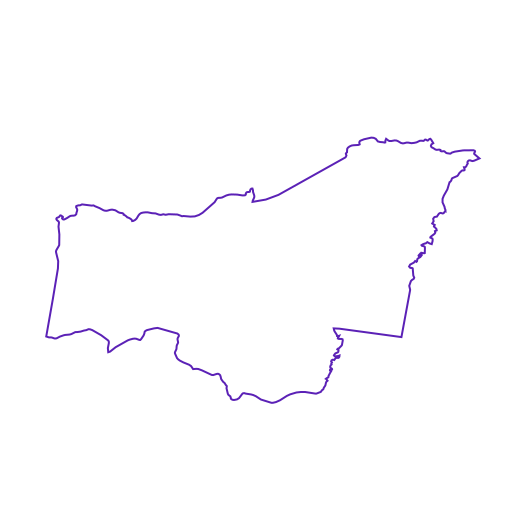 Est, Natural Earth projection, rotated 280°
{"feature_id": "CMR-1481", "entity_name": "Est", "entity_type": "Province", "adm_level": 1, "iso_a3": "CMR", "parent_name": "Cameroon", "parent_adm1": "", "projection": "natural_earth1", "projection_center": [14.383, 3.885], "detail": "fine", "context": "isolated", "style": "outline", "palette": "violet", "viewbox_px": 512, "rotation_deg": 280, "n_neighbors": 0, "source": "natural_earth", "source_scale": "10m", "svg_char_len": 6100}
<svg xmlns="http://www.w3.org/2000/svg" viewBox="0 0 512 512"><g transform="rotate(280 256 256)"><path d="M399.5,405.1L401.3,406.5L401.7,407.3L401.0,408.3L397.9,411.0L396.4,409.4L394.8,409.1L393.6,410.0L393.0,412.0L392.1,414.0L391.9,415.1L392.1,416.2L392.6,417.9L392.5,419.2L391.6,419.4L391.4,419.8L391.3,420.8L391.8,422.6L391.8,423.4L390.6,425.3L390.4,426.2L390.5,429.5L390.8,430.0L391.2,430.3L391.9,431.0L393.3,433.7L396.0,441.7L397.9,451.8L397.6,453.2L396.8,453.6L395.1,453.0L394.4,453.2L390.9,459.1L387.8,454.4L387.1,452.9L387.1,451.9L387.4,450.2L387.1,449.1L386.4,448.4L385.6,448.0L384.6,448.0L383.8,448.5L382.5,447.9L380.9,447.5L379.8,446.8L379.5,445.4L377.6,446.4L376.7,446.4L376.3,445.7L376.1,444.3L375.6,443.7L372.9,441.8L370.8,441.0L369.8,440.4L366.8,435.9L366.3,435.5L364.4,435.2L363.4,434.8L362.6,434.2L362.3,433.8L354.8,432.9L348.1,430.5L344.7,429.8L341.2,430.4L337.2,433.1L335.6,433.7L334.2,434.6L333.2,434.8L333.3,434.6L331.0,433.5L330.4,432.8L330.3,432.4L330.5,430.7L330.4,430.0L329.9,429.3L329.3,428.7L326.2,427.3L325.5,425.3L325.1,424.8L323.4,424.0L321.1,424.9L318.6,423.9L317.6,426.6L316.4,426.1L315.9,426.1L315.1,427.5L313.9,429.0L312.6,429.5L311.6,427.9L310.1,428.5L308.9,428.0L305.2,424.6L304.4,424.5L303.8,426.7L303.0,427.1L301.3,427.3L298.2,427.0L298.5,424.8L299.4,422.3L297.9,421.0L297.6,420.1L296.6,418.4L295.4,417.1L294.9,417.6L294.7,419.9L294.2,420.7L293.0,421.0L288.2,421.7L287.9,421.2L287.9,418.6L286.0,418.9L285.2,418.6L285.7,418.3L286.8,417.3L284.7,416.0L284.2,416.3L284.7,418.6L283.5,418.0L282.0,416.2L280.9,415.4L278.8,415.5L278.1,415.0L278.7,413.6L276.9,412.6L274.3,409.3L272.2,408.6L271.1,410.0L271.3,411.7L271.0,412.5L264.1,414.3L262.1,415.6L260.9,415.3L259.4,413.7L258.2,412.9L253.2,412.1L249.7,413.6L249.0,413.7L201.4,413.3L198.9,350.7L198.2,345.1L196.3,345.9L195.4,346.5L192.4,349.3L191.2,349.7L191.1,350.3L191.9,351.8L190.9,351.5L189.8,350.9L189.0,350.9L188.7,352.1L189.2,354.6L189.0,355.7L187.9,356.1L183.3,356.1L182.4,355.7L179.5,353.7L178.8,352.5L178.2,352.3L177.9,353.4L177.7,353.6L176.0,353.7L175.3,353.3L173.9,351.1L172.3,350.2L171.6,350.0L170.9,351.1L171.0,351.8L171.9,354.6L172.5,355.5L171.4,355.6L170.6,355.4L170.0,354.9L169.6,352.6L169.0,352.0L167.1,351.1L167.3,349.8L166.5,348.6L165.3,348.3L164.4,349.3L163.3,348.8L162.3,349.3L161.3,348.5L160.0,348.3L158.9,348.6L158.2,350.3L157.7,350.6L157.1,350.4L156.7,348.7L156.2,348.7L155.6,349.3L155.3,349.9L154.1,349.4L150.6,348.3L149.1,348.3L147.8,346.7L147.2,346.2L147.1,346.5L145.6,348.1L144.5,347.2L143.3,346.9L140.7,346.8L139.6,346.4L138.2,345.7L136.4,345.4L135.3,344.3L133.4,343.4L131.0,339.4L130.8,338.3L130.6,328.1L129.8,323.6L128.6,319.5L125.7,313.7L123.6,310.7L118.1,304.7L115.6,301.0L114.4,298.2L114.1,296.7L115.5,285.8L117.9,280.2L118.6,277.4L118.8,275.2L118.7,269.8L118.9,268.2L118.5,267.0L117.8,266.4L113.1,264.0L111.5,262.2L110.5,259.7L110.3,258.5L110.4,257.5L110.8,256.5L111.2,256.0L111.5,255.9L112.0,255.8L113.3,255.1L114.5,252.9L115.4,252.2L120.7,249.9L122.4,249.9L123.0,249.7L123.7,248.7L125.5,247.1L126.3,245.6L127.9,243.9L128.9,243.0L130.9,242.2L132.4,241.4L133.0,240.5L133.4,239.5L133.3,238.5L133.0,237.7L131.3,234.5L131.2,233.0L134.0,222.6L134.7,218.8L134.5,216.7L133.7,213.7L136.3,211.2L137.3,209.0L138.6,202.9L139.8,199.1L140.7,197.3L141.7,196.0L145.4,193.5L146.3,193.0L147.1,192.9L150.5,193.8L153.7,193.5L154.6,193.6L156.5,194.2L157.4,194.3L160.2,193.2L161.1,193.1L162.0,193.3L163.7,193.9L164.5,193.8L165.2,193.4L166.0,192.0L168.1,171.6L167.0,168.1L164.1,161.5L163.0,160.1L162.0,159.5L160.2,159.5L158.2,159.1L154.2,157.3L153.2,156.6L153.1,155.7L153.7,152.4L153.6,150.9L153.1,149.1L151.7,146.1L150.6,144.3L141.8,133.6L136.5,128.9L135.6,127.2L139.6,126.1L144.6,126.2L145.9,126.0L146.9,125.4L147.4,124.6L151.1,117.3L154.6,107.6L155.0,105.2L154.8,103.7L153.5,101.7L152.7,99.5L151.1,96.4L150.0,93.0L149.8,91.7L149.5,91.0L147.1,87.8L146.6,86.8L146.2,85.8L145.1,81.7L144.5,80.3L142.6,76.9L140.5,74.2L140.0,73.2L139.8,71.9L140.3,68.9L139.9,66.1L140.3,63.4L178.4,63.4L209.3,63.1L216.6,62.1L224.8,58.5L225.9,58.2L227.2,58.4L231.2,59.9L232.6,60.3L243.1,58.6L250.6,56.4L254.6,56.2L255.6,55.7L256.8,53.7L257.4,53.1L258.1,52.9L258.9,53.2L260.2,55.2L262.0,56.2L262.1,56.7L261.2,58.8L260.9,59.1L260.5,59.1L259.7,58.4L259.3,58.5L258.7,59.3L258.5,59.9L258.6,60.6L259.3,61.7L260.9,63.7L262.0,64.8L263.2,66.2L263.7,67.6L264.0,69.2L264.6,70.7L265.9,71.7L267.3,71.7L269.7,72.0L270.9,71.8L273.0,70.3L274.0,70.4L275.0,72.2L275.4,74.0L276.6,75.7L277.1,85.4L277.6,87.3L277.1,88.6L276.0,93.6L274.6,97.7L274.4,99.1L274.5,100.7L274.9,101.9L276.0,104.1L276.5,105.5L276.7,106.6L276.6,109.4L276.3,110.3L275.2,112.9L274.9,114.4L275.0,117.0L274.6,118.1L273.6,118.5L273.6,119.2L272.9,120.7L272.1,122.1L271.7,122.5L271.6,123.7L271.1,125.3L270.4,126.8L269.5,127.8L268.9,128.0L269.2,129.0L270.5,130.7L272.1,131.9L275.5,133.2L277.1,134.1L278.4,135.5L279.2,137.4L279.8,139.5L280.2,141.6L280.1,146.2L280.5,149.7L279.9,153.1L279.9,154.8L280.2,155.8L281.0,157.4L280.9,159.9L282.0,162.8L283.2,171.4L282.7,174.5L282.3,176.2L282.8,177.7L283.4,184.6L284.4,188.9L286.5,192.7L289.3,195.9L301.8,205.9L305.2,207.3L306.2,207.9L306.7,208.8L307.2,211.1L307.7,212.4L310.5,216.3L311.7,218.8L312.4,221.3L313.2,226.8L313.3,232.0L313.8,234.5L314.7,235.3L315.9,235.1L317.1,235.7L317.6,236.9L317.9,238.2L318.3,238.8L319.4,238.8L320.6,239.0L321.6,239.8L321.8,240.8L320.2,241.6L318.5,242.0L315.4,243.7L313.9,244.1L312.6,243.9L310.0,243.2L308.7,243.2L313.3,255.9L320.1,267.5L368.5,326.8L369.1,327.2L370.7,327.6L372.3,326.7L372.8,326.8L373.9,327.6L377.3,327.2L378.6,327.7L380.1,329.1L381.4,331.0L382.0,332.8L383.1,337.4L383.6,338.3L383.9,338.7L385.8,338.0L386.6,338.1L387.4,338.5L388.0,339.3L389.7,342.1L392.6,349.0L392.8,351.4L392.2,353.6L390.0,356.1L389.8,358.4L390.1,361.5L390.0,362.8L390.3,363.6L392.1,363.4L394.0,363.8L392.7,366.3L392.4,367.4L392.7,369.2L393.9,372.4L394.1,374.3L393.7,376.0L392.5,379.1L392.4,381.1L392.8,382.3L393.8,384.5L394.1,386.1L394.1,389.5L394.9,392.2L395.8,394.4L397.9,397.3L398.3,399.0L398.4,400.8L398.6,401.2L400.0,402.3L400.1,403.1L399.6,404.3L399.5,405.1Z" fill="none" stroke="#5b21b6" stroke-width="2"/></g></svg>